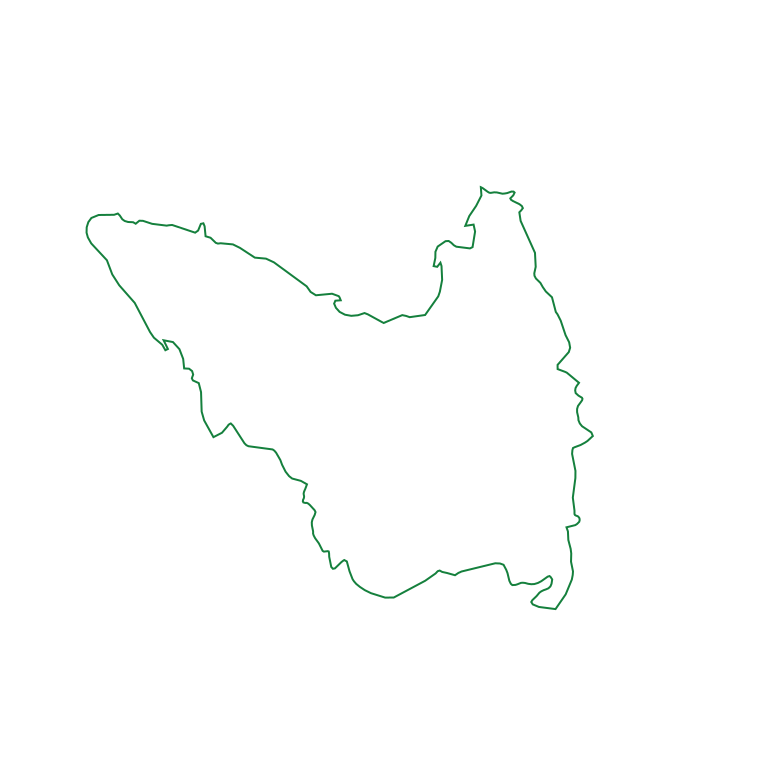 an SVG outline of Granma, rotated 64°
{"feature_id": "CUB-1366", "entity_name": "Granma", "entity_type": "Province", "adm_level": 1, "iso_a3": "CUB", "parent_name": "Cuba", "parent_adm1": "", "projection": "natural_earth1", "projection_center": [-76.9, 20.306], "detail": "fine", "context": "isolated", "style": "outline", "palette": "green", "viewbox_px": 768, "rotation_deg": 64, "n_neighbors": 0, "source": "natural_earth", "source_scale": "10m", "svg_char_len": 3921}
<svg xmlns="http://www.w3.org/2000/svg" viewBox="0 0 768 768"><g transform="rotate(64 384 384)"><path d="M357.0,560.6L337.9,561.6L328.9,560.0L311.1,552.0L302.0,550.1L297.0,554.2L294.6,554.2L291.9,551.4L288.3,550.8L284.8,552.5L282.4,556.8L273.4,553.5L263.0,552.6L253.8,555.3L248.1,562.9L257.8,562.9L257.8,565.7L251.5,566.1L241.5,570.5L234.8,571.5L201.8,572.5L179.2,578.7L166.4,580.2L151.3,578.8L129.3,585.5L122.4,585.9L117.6,585.0L112.8,582.5L108.9,578.8L106.5,574.2L107.0,566.4L113.6,552.4L114.1,548.5L116.7,547.6L121.2,547.0L123.8,545.6L126.2,543.0L128.6,538.6L131.1,536.9L130.0,532.3L131.7,529.1L138.4,522.2L146.4,509.9L147.0,507.8L148.2,504.7L165.2,487.4L164.6,483.8L159.8,478.4L160.4,475.9L163.6,476.1L173.0,479.6L176.5,475.8L183.4,473.3L185.0,471.7L185.9,469.1L192.3,458.6L198.5,453.8L213.8,444.7L219.6,435.1L226.4,429.6L262.3,410.7L269.1,409.6L274.4,406.3L280.1,391.1L285.2,386.2L286.2,386.0L287.5,386.0L289.8,386.2L287.8,391.2L289.9,393.6L294.5,393.8L299.7,392.3L304.6,388.7L308.4,383.5L310.8,377.2L311.7,370.4L314.3,368.0L329.0,357.6L330.1,337.4L332.5,334.3L335.2,331.6L340.0,316.8L329.0,296.8L325.5,293.3L315.9,286.1L303.2,280.6L299.7,280.1L302.0,284.8L299.8,287.7L293.2,282.6L287.7,279.8L284.0,275.5L282.6,266.1L283.8,263.2L286.6,261.6L289.9,260.4L292.3,258.8L299.8,247.3L299.8,244.4L286.9,235.3L280.0,233.6L277.5,241.6L270.4,233.7L264.3,223.1L257.3,213.8L249.6,210.7L251.1,209.5L256.6,206.6L258.1,205.6L258.8,204.7L259.2,203.7L260.0,201.0L261.3,198.6L264.9,194.1L265.7,192.0L266.4,189.6L266.9,185.1L267.9,183.2L269.2,182.7L271.1,185.1L272.5,189.1L274.0,189.1L276.2,187.8L281.8,183.4L284.5,182.1L286.8,182.1L288.1,184.6L289.0,187.1L297.3,189.7L332.3,190.8L345.2,196.3L350.4,200.4L352.7,201.3L355.8,201.2L361.7,199.1L366.5,198.8L371.8,198.0L379.7,195.0L394.6,198.0L397.4,197.5L404.5,197.4L419.7,199.4L427.7,199.3L433.0,200.8L436.3,203.9L442.9,219.6L446.7,221.4L452.6,215.8L454.0,214.7L468.4,208.2L470.1,211.5L471.6,213.6L473.6,215.0L476.2,215.7L479.7,214.3L483.1,212.1L484.3,212.1L485.5,213.1L488.8,219.3L491.1,221.4L494.0,222.8L499.2,224.0L501.8,225.1L505.3,225.3L508.8,224.5L518.4,218.9L522.3,219.1L524.4,226.1L524.8,229.2L525.0,234.1L524.4,240.4L524.4,242.2L526.1,243.7L529.3,245.6L546.0,250.0L552.4,253.2L568.9,264.1L581.3,268.3L584.4,269.8L585.4,269.8L586.5,269.1L587.5,268.1L588.2,267.6L589.8,267.2L590.8,267.3L592.1,267.8L593.4,268.9L594.4,271.7L594.7,273.9L592.8,282.8L597.1,283.3L605.0,286.7L614.0,288.5L618.4,290.0L625.7,293.8L635.3,296.3L638.4,298.1L642.1,300.9L652.7,312.9L661.5,328.5L652.3,342.5L647.3,346.9L644.5,347.2L643.3,345.4L641.5,339.8L639.7,335.8L639.3,333.5L639.3,330.9L639.6,328.4L639.7,325.8L638.9,323.2L637.0,321.0L633.4,318.5L630.7,318.8L629.2,319.4L628.9,321.3L630.2,329.1L630.3,332.9L629.7,336.6L628.5,339.4L626.8,342.0L624.7,344.4L623.5,346.3L622.8,348.0L622.5,352.0L622.2,353.9L621.0,356.8L619.1,357.6L615.8,357.6L608.1,355.9L604.6,355.6L598.9,355.8L596.2,358.4L593.9,362.6L586.5,396.6L586.5,398.6L586.4,399.8L587.0,404.0L581.5,410.2L578.4,414.1L576.1,415.7L575.8,417.8L576.9,420.7L578.9,433.2L580.2,468.8L576.5,476.6L566.3,487.4L560.9,491.6L555.8,494.6L551.5,496.6L548.1,497.5L545.6,497.8L537.3,497.1L527.2,495.2L524.8,496.9L524.9,498.0L525.4,500.4L528.2,508.9L527.7,510.9L525.3,511.6L515.3,509.0L512.4,507.7L510.3,507.1L509.6,507.8L508.3,511.5L507.1,512.3L498.7,512.4L492.4,513.5L489.3,513.6L487.3,513.3L486.6,512.9L485.3,512.3L479.5,510.8L476.6,509.5L474.4,507.7L471.3,503.7L469.1,501.7L467.0,501.7L460.2,503.7L458.3,504.5L457.0,505.5L456.4,506.9L455.1,508.4L453.9,508.4L452.6,507.5L451.7,506.3L450.7,505.5L449.8,505.0L448.5,504.7L447.3,504.3L446.1,503.4L444.7,501.9L443.9,500.9L440.4,497.2L434.6,501.2L428.7,508.0L425.2,509.7L419.7,510.9L411.9,511.0L406.9,510.5L398.4,511.1L395.8,511.8L394.0,512.8L380.5,533.1L378.7,534.5L376.1,535.4L355.4,537.9L352.3,539.0L352.3,540.3L352.5,541.6L353.6,543.6L356.8,551.0L357.0,560.6Z" fill="none" stroke="#15803d" stroke-width="2"/></g></svg>